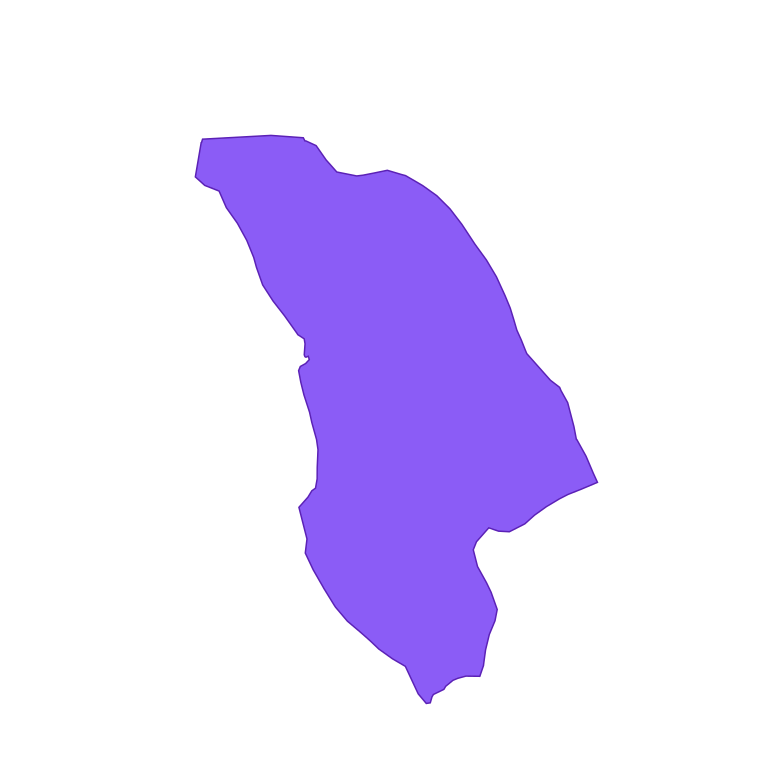 outline of Shaharah, Amran, Yemen, rotated 331°
{"feature_id": "15242507B60781890450687", "entity_name": "Shaharah", "entity_type": "district", "adm_level": 2, "iso_a3": "YEM", "parent_name": "Yemen", "parent_adm1": "Amran", "projection": "equal_earth", "projection_center": [43.696, 16.186], "detail": "fine", "context": "isolated", "style": "filled", "palette": "violet", "viewbox_px": 768, "rotation_deg": 331, "n_neighbors": 0, "source": "geoboundaries", "source_scale": "gbopen_adm2", "svg_char_len": 1632}
<svg xmlns="http://www.w3.org/2000/svg" viewBox="0 0 768 768"><g transform="rotate(331 384 384)"><path d="M319.4,111.4L323.5,123.4L333.3,135.3L331.6,153.3L333.7,172.3L333.6,191.9L331.4,210.2L329.0,220.1L325.9,238.6L327.2,257.8L330.1,276.3L332.5,297.9L332.5,299.0L336.1,305.8L334.4,310.6L328.4,319.8L328.1,321.7L328.7,322.7L331.2,323.0L330.5,326.4L325.4,328.1L319.3,328.1L315.8,330.9L312.1,342.1L308.7,354.7L305.2,372.6L302.2,382.7L298.1,399.8L294.4,409.5L285.2,424.5L279.5,434.6L273.6,441.9L269.1,442.4L262.6,446.1L249.8,450.6L241.5,482.2L233.2,493.7L232.0,512.2L232.2,525.7L232.3,531.4L232.3,533.6L233.2,552.9L233.4,555.7L237.0,573.7L243.3,590.3L247.4,601.9L251.0,613.4L258.2,628.5L265.8,641.3L263.7,671.6L266.1,683.9L269.9,685.3L274.3,680.9L276.7,679.5L288.4,680.1L291.4,678.3L300.7,676.6L305.9,677.2L314.0,679.2L326.1,686.1L334.5,678.5L336.6,675.6L344.0,665.7L354.7,654.1L366.3,644.9L373.7,636.1L376.7,618.1L377.3,607.6L377.3,589.0L381.7,572.3L388.4,566.8L405.9,560.6L412.8,568.2L422.0,574.0L439.4,574.6L452.0,571.7L466.6,570.0L481.6,569.5L491.4,569.8L505.2,571.6L523.0,573.5L523.8,563.4L525.7,545.1L525.7,526.0L525.4,525.7L529.5,513.2L535.6,489.4L535.6,475.5L536.0,472.1L531.5,461.7L531.2,460.7L523.6,426.6L524.0,423.0L525.4,412.2L526.3,401.3L528.6,391.1L531.2,378.8L532.7,365.6L534.3,344.7L533.7,325.2L531.3,305.7L529.5,282.1L526.6,262.7L521.5,245.0L514.0,229.2L503.9,212.2L500.7,209.1L490.5,198.7L477.7,194.7L466.9,191.2L461.0,188.8L445.5,175.7L442.0,160.0L440.2,142.6L433.6,133.6L432.7,133.1L432.8,129.5L405.7,111.8L344.0,81.9L341.4,84.4L341.1,84.3L319.4,111.4Z" fill="#8b5cf6" stroke="#5b21b6" stroke-width="1.5"/></g></svg>